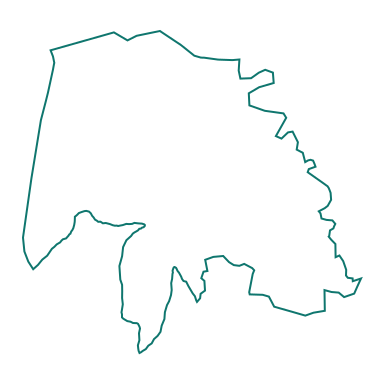 the district of Iwajowa, Oyo, Nigeria
{"feature_id": "59680162B76564266679550", "entity_name": "Iwajowa", "entity_type": "district", "adm_level": 2, "iso_a3": "NGA", "parent_name": "Nigeria", "parent_adm1": "Oyo", "projection": "robinson", "projection_center": [3.013, 7.985], "detail": "fine", "context": "isolated", "style": "outline", "palette": "teal", "viewbox_px": 384, "rotation_deg": 0, "n_neighbors": 0, "source": "geoboundaries", "source_scale": "gbopen_adm2", "svg_char_len": 3087}
<svg xmlns="http://www.w3.org/2000/svg" viewBox="0 0 384 384"><path d="M361.0,278.5L352.8,281.2L352.6,278.4L347.8,277.8L346.0,275.5L346.2,269.8L343.2,261.1L339.4,255.5L335.6,257.2L335.4,244.0L331.2,239.7L328.7,236.6L329.2,236.0L330.0,230.4L333.4,228.4L334.1,226.3L335.3,223.9L332.4,220.4L326.5,219.9L321.5,218.5L320.5,213.4L318.8,211.3L324.7,208.2L327.7,205.9L331.1,199.8L330.6,192.9L329.6,190.2L328.7,188.0L327.5,186.2L326.3,185.4L324.7,184.2L307.7,172.2L308.3,170.5L308.8,169.1L315.5,166.7L314.5,163.9L313.1,160.6L310.5,159.8L308.1,160.4L305.2,162.1L302.8,152.8L296.7,149.6L297.9,142.2L292.6,131.6L288.0,132.4L281.5,138.6L275.9,136.1L286.2,117.8L283.5,113.4L264.8,110.8L249.4,105.4L248.8,93.3L259.2,87.2L273.7,83.0L272.9,72.6L265.2,69.8L258.8,72.7L251.1,78.2L240.4,78.6L238.7,70.6L239.4,59.5L232.5,60.1L218.1,59.6L204.2,57.7L200.9,57.6L194.3,55.7L180.9,45.0L159.9,31.0L136.6,35.8L127.5,40.4L113.9,32.4L50.6,50.3L53.0,56.5L54.3,62.9L54.2,63.2L54.1,63.5L53.0,69.5L48.0,92.5L45.8,101.3L40.9,120.2L31.4,178.5L23.0,237.6L24.4,251.5L28.3,261.6L33.2,269.2L38.0,264.9L42.3,259.6L47.2,255.7L51.9,248.8L54.4,246.8L56.7,244.4L60.1,242.4L61.5,240.6L62.9,239.3L66.1,238.4L67.3,237.0L68.4,235.8L69.3,234.4L70.5,233.6L70.6,233.0L71.3,231.4L72.2,230.3L73.3,228.2L74.2,224.9L74.7,221.9L74.8,220.0L74.9,216.7L76.2,215.7L77.4,214.6L78.8,213.1L81.4,212.1L84.5,211.1L86.3,210.9L89.0,211.6L90.8,213.3L92.2,215.9L93.5,217.3L95.0,219.6L96.9,220.7L98.2,221.8L100.5,221.7L102.9,223.3L105.8,223.0L110.0,224.1L112.7,225.2L114.9,225.7L116.8,225.6L118.1,226.0L120.5,225.5L122.7,225.1L126.3,223.9L129.0,224.1L132.1,223.9L134.4,222.9L138.4,223.4L141.9,223.6L144.3,224.4L144.9,225.1L144.7,226.1L143.6,227.2L141.9,227.7L140.9,228.6L139.3,228.8L138.1,230.3L136.5,231.3L134.5,232.4L132.8,233.6L131.1,236.0L126.4,240.2L123.1,247.1L122.1,256.2L119.4,266.0L120.3,279.6L122.1,284.8L122.2,291.2L122.1,298.0L122.8,304.3L122.0,309.4L121.5,312.3L122.0,314.3L122.0,317.4L123.3,318.7L127.3,321.1L130.5,321.7L133.0,323.0L135.2,323.1L136.7,323.1L138.0,323.8L138.8,325.3L139.6,327.0L140.0,328.6L139.0,333.2L139.4,340.2L137.9,345.3L138.2,348.2L138.6,350.8L139.5,353.0L141.1,352.2L142.6,351.0L145.8,349.1L148.3,345.7L151.7,343.4L154.0,339.1L157.6,335.9L160.5,331.8L161.7,325.6L164.4,319.1L164.9,312.2L167.0,305.1L169.1,301.2L171.0,295.1L171.7,290.0L171.2,283.1L172.1,278.9L172.5,273.8L172.9,272.7L172.7,271.6L172.6,270.5L172.9,269.7L173.2,268.7L173.7,267.5L173.8,267.4L174.4,267.0L174.5,267.0L175.2,267.3L176.1,267.9L176.6,268.8L177.2,270.2L177.8,271.3L178.9,272.5L181.2,276.7L182.0,278.9L183.5,281.0L186.2,281.7L188.4,286.1L192.7,293.4L194.9,296.2L196.2,300.3L197.0,301.9L200.1,298.3L200.6,293.8L205.0,290.6L204.4,280.9L201.3,278.2L203.5,271.7L207.4,271.0L205.2,259.8L213.3,256.9L223.2,256.0L229.0,262.1L233.8,265.1L238.4,265.7L239.4,265.8L244.2,263.9L252.2,268.1L254.2,270.3L252.7,274.0L249.2,292.2L249.7,294.4L262.7,294.8L268.9,296.6L274.2,306.7L291.1,311.5L305.3,315.6L313.5,312.7L324.8,310.8L324.5,290.1L331.5,292.0L338.7,292.6L344.1,297.1L354.2,293.6L357.2,286.8L361.0,278.5Z" fill="none" stroke="#0f766e" stroke-width="2"/></svg>